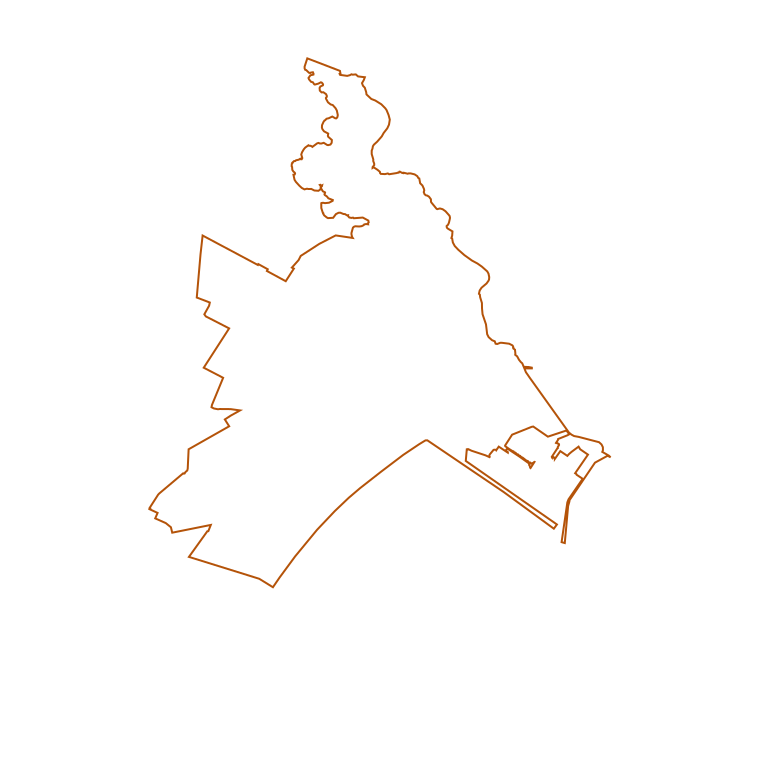 the district of Navodari, Constanta, Romania, rotated 32°
{"feature_id": "2599482B88144558423890", "entity_name": "Navodari", "entity_type": "district", "adm_level": 2, "iso_a3": "ROU", "parent_name": "Romania", "parent_adm1": "Constanta", "projection": "equal_earth", "projection_center": [28.615, 44.33], "detail": "fine", "context": "isolated", "style": "outline", "palette": "amber", "viewbox_px": 768, "rotation_deg": 32, "n_neighbors": 0, "source": "geoboundaries", "source_scale": "gbopen_adm2", "svg_char_len": 6165}
<svg xmlns="http://www.w3.org/2000/svg" viewBox="0 0 768 768"><g transform="rotate(32 384 384)"><path d="M148.5,157.0L149.5,158.5L150.7,159.3L151.6,159.0L155.5,159.8L156.6,159.4L156.9,158.7L158.5,157.3L159.9,158.3L160.2,159.0L158.0,161.2L157.8,164.5L159.0,165.4L162.1,166.4L163.7,165.8L166.0,166.8L166.7,166.7L169.1,164.1L170.6,161.6L171.5,161.4L172.9,161.8L173.7,162.4L173.9,163.1L172.4,165.4L172.5,167.1L174.1,169.2L176.5,169.8L178.0,168.7L181.3,168.9L182.9,170.0L183.3,170.7L183.1,172.1L183.5,172.7L187.2,174.8L190.6,175.2L192.7,174.6L196.8,175.8L199.1,177.1L202.3,180.4L203.0,182.2L203.0,183.2L202.7,184.1L201.8,184.5L198.4,184.6L196.3,187.9L194.7,189.5L194.3,191.6L193.9,192.0L193.8,193.7L194.3,197.4L195.5,199.5L196.7,200.5L199.2,201.5L204.0,201.2L204.9,203.3L205.7,203.9L210.5,204.7L211.8,207.2L211.7,209.3L210.1,211.0L209.2,211.4L205.1,211.4L203.4,213.3L202.0,214.1L200.8,214.2L199.8,215.3L197.6,220.9L196.6,220.7L195.0,221.1L194.2,221.7L193.4,221.6L191.9,225.3L191.6,227.6L191.7,230.9L192.2,233.2L195.0,235.7L195.1,237.0L194.6,237.4L193.9,237.1L193.6,237.3L192.8,239.0L190.9,240.8L190.5,242.0L189.6,242.6L189.0,244.8L189.3,244.9L189.2,246.3L190.3,248.3L191.0,248.6L192.8,251.0L194.5,251.8L196.4,252.1L197.1,252.7L197.2,253.7L196.3,254.5L199.9,258.2L202.2,259.3L207.2,260.7L210.4,261.3L213.4,261.1L215.2,259.2L216.6,258.7L219.0,257.1L222.4,256.8L226.0,254.9L226.9,252.8L226.7,251.9L225.5,249.7L224.1,249.2L224.4,248.8L226.1,248.9L226.3,248.5L226.5,249.1L226.1,249.4L226.1,250.0L226.9,251.4L230.0,253.0L232.3,252.7L232.7,253.0L232.9,254.6L233.6,255.1L236.2,255.2L238.4,256.0L243.1,255.1L243.4,255.9L241.3,259.4L238.1,261.9L236.3,262.6L235.0,263.7L235.1,264.1L237.6,268.0L241.1,271.0L242.0,271.3L242.0,271.7L243.9,272.7L247.2,273.1L248.6,273.0L252.8,270.0L253.2,265.4L254.7,262.9L256.1,261.9L259.6,261.3L260.8,260.6L263.2,260.6L264.1,259.9L264.4,260.6L266.3,261.2L268.4,260.4L269.6,259.3L270.6,259.4L277.8,254.1L284.1,253.7L285.4,255.1L285.2,256.2L285.9,257.0L284.1,257.8L283.1,258.7L282.6,259.3L282.6,260.1L281.4,262.0L279.6,263.5L276.0,265.5L275.1,266.7L274.8,267.9L276.4,273.2L277.0,274.2L278.9,276.1L280.1,276.7L264.3,283.6L254.9,299.4L245.5,319.5L245.9,324.2L244.2,334.1L246.4,333.9L246.2,348.9L224.8,350.2L224.6,348.3L213.9,348.9L214.0,349.9L151.5,354.2L159.7,371.3L179.4,409.9L193.1,407.2L194.2,410.3L194.7,420.1L197.1,421.1L223.2,418.9L222.5,465.7L244.3,464.0L249.2,492.9L250.0,495.1L252.7,494.9L256.6,493.4L257.9,492.3L267.2,486.6L275.9,482.7L270.8,492.0L267.8,498.4L275.1,501.9L252.9,542.9L262.4,559.8L263.0,561.6L262.3,563.8L262.3,565.2L262.1,565.2L261.8,566.1L261.0,566.2L251.4,596.0L251.1,597.5L250.9,613.4L251.6,613.4L251.5,614.4L260.3,613.3L261.2,619.2L272.7,617.6L279.2,618.4L283.2,622.3L311.8,595.3L313.0,601.9L312.2,602.5L310.2,634.0L381.4,615.3L397.5,615.2L398.0,603.4L400.0,577.2L404.5,543.1L409.6,517.9L414.4,499.2L419.0,484.7L427.9,460.2L437.9,433.9L445.7,416.5L449.0,409.9L450.6,408.8L542.8,412.2L604.7,416.7L605.1,411.5L494.1,405.9L488.4,394.7L489.1,395.6L489.6,395.4L489.5,394.9L489.9,394.6L493.6,394.2L507.9,390.7L513.1,390.0L511.5,389.7L511.0,387.8L511.8,381.8L512.6,381.1L514.0,380.4L514.3,380.6L514.5,376.3L525.4,376.6L525.2,376.2L522.8,375.9L522.5,375.3L522.7,373.4L537.0,373.8L548.7,374.5L549.5,374.8L549.9,375.7L551.9,376.8L552.2,377.5L552.8,377.6L552.9,370.2L552.3,370.2L552.6,370.3L552.4,371.7L550.9,373.6L549.7,373.1L548.5,373.6L547.2,373.5L546.8,373.1L545.3,373.5L540.8,373.0L538.3,373.2L537.7,372.8L535.9,373.1L535.0,372.7L533.8,373.1L532.0,372.6L529.8,372.9L529.4,372.5L528.5,372.8L524.7,372.8L519.8,372.5L519.3,372.0L519.5,359.1L531.9,342.1L533.1,341.0L550.9,341.8L563.0,327.2L564.1,327.1L567.1,328.0L566.9,328.4L567.5,328.9L566.8,330.2L560.8,338.4L561.2,339.4L561.1,342.9L561.4,342.9L561.8,342.2L564.3,342.3L564.6,342.7L564.4,343.1L564.8,343.4L564.8,345.6L565.4,346.2L565.1,347.2L564.9,356.9L565.2,357.1L565.3,356.4L565.6,356.2L566.2,356.2L566.1,356.7L566.4,357.0L566.5,356.2L568.1,356.2L568.6,357.0L569.1,347.5L577.6,347.8L578.0,345.4L579.0,342.2L582.2,334.0L585.0,335.4L594.4,335.8L593.4,358.4L594.8,358.4L595.5,358.9L602.2,359.1L602.7,359.6L601.6,384.0L602.2,387.2L618.4,424.0L621.6,423.1L604.8,389.9L603.5,385.4L602.9,384.3L604.6,338.9L611.4,326.8L612.1,326.3L615.0,326.1L612.7,325.6L605.1,325.9L604.8,324.2L603.1,321.6L600.5,320.0L597.2,319.4L577.1,325.7L572.8,327.4L569.8,327.6L566.6,327.2L504.6,301.6L498.1,298.8L494.8,296.4L501.1,292.4L500.7,291.8L497.6,293.0L493.4,295.4L490.3,293.2L488.4,292.9L485.6,291.9L482.3,290.0L479.8,289.7L479.3,288.6L476.9,285.5L475.6,285.4L474.9,284.9L474.0,285.8L474.5,285.1L473.6,283.7L472.4,283.2L468.8,283.5L461.9,286.7L460.7,287.5L458.8,290.1L457.3,290.7L455.3,289.1L452.4,289.6L447.9,288.8L445.1,287.1L438.9,279.4L430.6,272.6L427.1,268.0L424.1,263.4L419.6,259.5L417.9,257.4L416.7,257.2L415.6,254.0L415.7,250.6L417.7,244.4L417.9,241.0L417.7,239.7L416.6,237.6L414.1,235.0L411.9,233.8L404.8,232.6L399.4,232.3L393.1,232.7L383.8,232.1L375.9,230.8L370.9,229.5L367.4,227.5L364.7,224.5L363.8,224.5L363.2,222.1L361.2,218.3L356.2,218.4L355.0,218.3L353.9,217.6L353.4,216.8L353.9,215.0L353.6,212.8L352.2,208.7L351.6,207.7L350.4,206.6L344.6,204.9L341.1,204.7L338.4,205.5L336.5,207.5L335.8,207.6L328.1,205.0L327.3,204.6L325.9,202.5L322.9,201.3L320.8,201.3L319.6,201.8L317.9,201.6L316.0,200.2L315.5,198.4L314.4,197.3L311.4,195.3L308.3,194.6L305.0,191.0L303.9,191.1L302.1,190.1L298.9,190.0L294.9,191.3L293.3,192.3L292.7,193.1L288.7,194.4L288.3,194.7L288.5,195.0L287.5,195.4L284.9,195.5L284.5,195.8L284.5,197.0L283.5,197.6L283.2,198.2L277.2,203.4L275.7,203.4L273.6,205.5L269.9,207.5L268.9,207.2L268.0,206.2L265.0,205.8L260.3,205.7L259.8,206.8L259.4,206.1L259.7,203.5L258.8,202.2L256.7,200.6L255.9,199.2L251.7,195.5L249.9,192.6L249.5,190.5L248.6,188.3L248.6,186.4L249.8,182.1L250.9,175.2L250.7,171.3L251.3,165.5L250.8,161.4L248.8,156.7L245.4,153.5L241.1,150.4L239.0,149.5L233.5,148.2L226.4,148.2L222.2,149.0L215.7,147.7L214.2,145.9L210.7,142.9L208.1,142.2L205.9,140.5L205.8,137.0L205.2,134.0L199.0,136.9L196.0,136.4L193.5,138.3L192.3,138.6L191.4,140.2L189.5,142.2L183.0,145.1L182.0,144.5L182.5,143.7L180.7,141.8L146.4,148.5L148.5,157.0Z" fill="none" stroke="#b45309" stroke-width="2"/></g></svg>